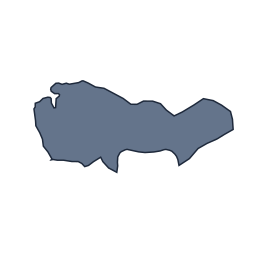 the district of Pyongwon, P'yŏngan-namdo, North Korea, rotated 28°
{"feature_id": "82179303B73199246171338", "entity_name": "Pyongwon", "entity_type": "district", "adm_level": 2, "iso_a3": "PRK", "parent_name": "North Korea", "parent_adm1": "P'yŏngan-namdo", "projection": "mercator", "projection_center": [125.567, 39.283], "detail": "fine", "context": "isolated", "style": "filled", "palette": "slate", "viewbox_px": 256, "rotation_deg": 28, "n_neighbors": 0, "source": "geoboundaries", "source_scale": "gbopen_adm2", "svg_char_len": 1260}
<svg xmlns="http://www.w3.org/2000/svg" viewBox="0 0 256 256"><g transform="rotate(28 128 128)"><path d="M75.1,192.2L76.6,191.0L80.7,189.6L86.2,186.7L94.3,183.9L99.8,181.0L103.9,181.0L107.9,182.4L110.7,179.6L113.4,173.8L117.6,166.6L121.6,169.5L129.7,172.4L138.9,172.4L136.7,166.3L134.8,163.3L132.5,158.3L132.5,153.8L133.2,152.0L135.8,148.5L137.2,147.3L148.5,144.1L154.5,141.7L162.1,137.0L167.0,133.3L170.0,130.2L171.5,129.1L175.2,128.1L177.6,127.9L181.6,129.0L184.1,130.2L186.8,132.4L190.6,137.1L196.6,126.2L199.5,113.2L205.0,104.5L211.8,95.8L216.0,88.6L221.5,79.9L216.1,71.2L210.7,65.3L208.2,65.0L199.9,63.9L190.4,63.8L180.8,66.7L175.3,76.9L168.4,88.4L163.0,95.7L153.5,94.2L145.3,91.3L137.2,92.7L129.0,97.0L124.9,102.8L119.4,105.7L109.9,104.2L103.1,104.2L95.0,104.2L88.2,104.2L80.0,107.1L71.9,107.0L66.4,107.4L65.3,108.0L63.1,111.1L55.6,116.9L52.5,117.4L49.3,120.4L45.7,120.9L43.3,122.4L41.1,128.4L41.6,130.2L43.0,131.6L47.1,132.1L50.4,130.3L51.9,130.7L52.3,132.1L50.8,135.8L54.5,144.0L53.2,145.0L48.7,142.0L46.3,138.1L44.9,137.6L43.4,138.2L42.8,138.4L39.1,141.8L37.6,146.3L34.5,149.7L36.2,153.0L36.0,155.3L42.9,164.9L45.6,169.3L52.3,173.6L57.7,178.0L61.8,183.8L68.5,186.7L75.3,191.0L75.1,192.2Z" fill="#64748b" stroke="#1e293b" stroke-width="1.5"/></g></svg>